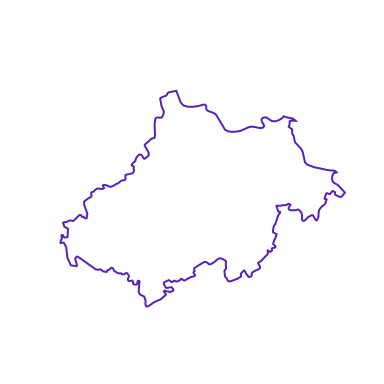 the border of Donets'k, rotated 247°
{"feature_id": "UKR-327", "entity_name": "Donets'k", "entity_type": "Region", "adm_level": 1, "iso_a3": "UKR", "parent_name": "Ukraine", "parent_adm1": "", "projection": "mercator", "projection_center": [37.457, 48.054], "detail": "fine", "context": "isolated", "style": "outline", "palette": "violet", "viewbox_px": 384, "rotation_deg": 247, "n_neighbors": 0, "source": "natural_earth", "source_scale": "10m", "svg_char_len": 6046}
<svg xmlns="http://www.w3.org/2000/svg" viewBox="0 0 384 384"><g transform="rotate(247 192 192)"><path d="M291.2,217.1L278.5,216.6L274.8,218.1L272.1,221.5L270.1,226.1L268.6,231.5L268.0,236.5L267.1,238.4L265.4,238.6L262.6,237.5L261.4,237.7L259.9,238.9L256.9,242.2L255.4,243.5L253.4,244.4L236.7,246.7L234.0,248.6L231.9,252.0L230.4,256.1L229.3,260.2L229.5,268.6L229.1,272.0L227.1,275.6L224.7,278.9L223.7,281.0L223.6,282.9L224.5,284.1L226.1,284.3L229.1,283.8L230.5,284.0L231.8,284.5L232.5,285.8L232.3,288.2L231.2,289.9L226.3,293.0L224.7,295.7L224.2,299.2L224.6,302.9L225.8,306.1L224.2,307.7L219.9,313.8L217.1,315.1L218.9,311.4L218.9,309.5L216.8,308.7L214.2,306.5L210.6,308.7L207.5,307.4L205.5,307.0L204.5,307.5L197.4,306.3L188.8,309.4L185.4,309.5L175.0,307.6L172.3,308.7L167.2,314.0L158.8,326.0L156.7,330.1L155.4,332.0L153.6,332.8L154.0,329.8L152.2,327.6L149.5,326.1L146.8,325.6L145.3,326.0L141.6,328.9L131.7,332.6L129.4,328.2L129.3,327.4L129.4,326.8L130.1,325.7L133.2,323.0L134.0,322.8L135.9,323.5L137.8,322.2L137.9,321.7L137.8,321.1L136.1,318.2L137.1,316.9L138.2,315.8L138.3,315.4L138.1,314.9L134.3,311.5L133.7,311.6L132.8,312.9L132.6,313.0L129.5,310.5L128.8,309.3L127.9,305.8L127.3,304.5L125.7,301.8L123.9,300.7L119.8,298.7L117.8,296.8L117.4,296.2L117.2,295.5L117.8,294.9L122.5,294.4L123.2,294.2L123.7,293.7L123.9,292.9L123.5,289.1L121.8,284.9L121.7,283.7L122.2,282.8L123.6,282.4L124.4,283.0L126.0,283.3L126.8,284.0L127.8,284.3L129.3,284.5L131.0,284.5L133.9,283.4L134.4,282.9L134.6,282.1L134.6,280.8L134.8,279.9L135.8,277.9L136.6,275.6L137.2,275.0L137.8,274.6L138.7,274.4L139.8,274.9L140.6,275.8L141.7,277.6L143.2,276.7L143.4,276.4L143.5,276.0L143.2,274.1L143.4,272.6L144.5,270.1L144.6,268.6L144.8,267.8L146.0,265.5L146.3,264.7L146.1,264.3L145.5,264.2L144.2,264.2L140.8,263.7L140.1,264.0L139.6,265.0L139.4,265.3L138.9,265.2L138.4,264.8L136.6,262.0L130.3,256.5L128.3,253.8L127.6,253.2L124.2,251.1L123.1,251.0L120.1,253.4L117.9,251.6L114.7,248.1L112.5,246.4L110.0,247.4L109.2,247.5L108.8,247.4L108.6,247.0L108.5,246.1L108.9,244.0L108.9,243.6L108.6,243.2L106.9,242.8L106.4,241.8L106.3,240.7L106.8,240.0L108.5,239.3L108.6,239.0L108.5,238.7L105.9,237.9L104.9,236.8L103.8,233.8L101.6,228.9L101.4,228.2L101.1,225.6L100.9,225.3L100.7,225.1L100.1,225.1L97.2,225.4L95.4,224.9L94.9,223.5L94.8,218.6L94.3,215.8L93.5,215.0L91.7,214.3L91.2,213.4L91.3,212.0L91.5,211.3L92.0,210.7L93.4,210.7L95.5,209.8L98.1,209.8L99.4,209.4L99.3,208.7L97.8,205.1L97.0,204.7L95.6,204.5L94.8,203.5L94.8,202.2L94.4,200.0L94.7,193.1L94.9,192.0L95.5,190.9L96.5,190.3L98.3,190.2L101.0,189.5L101.9,189.5L106.6,191.0L107.4,191.8L107.8,193.0L108.7,193.7L111.7,194.6L114.6,196.1L115.0,196.2L115.8,195.9L118.8,193.6L120.1,191.9L120.2,190.6L120.0,188.9L118.8,185.1L118.3,181.8L118.2,180.8L118.4,180.0L119.0,179.3L119.8,179.1L121.1,178.4L122.2,177.2L122.8,175.9L121.8,168.5L121.4,166.9L121.0,164.4L120.3,163.9L118.2,163.5L117.9,162.4L117.3,161.9L116.5,161.9L114.6,162.4L114.3,162.4L113.8,161.8L113.6,161.0L114.2,157.2L113.4,150.5L113.9,149.7L115.7,148.9L116.4,148.0L116.4,147.7L115.5,146.6L115.5,142.9L116.0,142.1L117.2,141.3L117.3,140.9L116.9,138.5L117.0,138.1L119.2,136.9L119.8,136.4L119.9,136.0L119.9,132.9L119.7,131.2L119.3,130.5L119.0,130.3L118.1,130.1L114.2,130.6L113.8,130.9L113.4,131.7L112.7,135.0L112.3,135.9L111.6,136.3L109.1,136.6L108.6,136.3L108.4,135.3L108.5,133.0L108.6,132.3L109.7,131.4L110.5,129.7L111.9,128.6L111.9,127.8L111.3,127.4L111.0,127.3L108.1,127.9L107.7,127.8L107.3,127.3L106.7,124.9L105.6,122.0L105.4,120.6L105.5,117.3L105.4,114.2L104.2,108.8L103.9,106.5L104.4,105.5L104.8,105.2L106.1,105.1L107.1,105.3L109.5,106.6L110.5,106.9L114.3,107.1L114.7,107.0L117.5,104.4L118.7,103.9L119.9,103.7L120.9,103.9L128.6,107.8L129.8,108.7L130.5,108.8L131.2,108.2L131.3,107.2L130.8,106.7L129.1,105.9L128.6,105.5L128.5,104.8L128.7,104.0L129.7,102.5L130.1,102.1L130.6,101.9L132.4,102.6L133.2,102.6L133.7,102.4L133.9,102.0L134.3,100.3L134.6,99.5L135.3,98.7L135.7,98.7L137.0,98.9L138.6,100.7L139.4,101.1L140.4,101.2L142.8,100.4L143.1,100.0L142.9,97.5L143.1,96.4L143.5,95.6L144.9,94.9L146.0,92.3L146.3,92.0L149.9,89.5L152.1,89.5L153.0,89.2L153.7,88.4L153.7,87.6L152.8,85.8L153.1,83.9L152.0,82.8L151.9,82.0L153.7,79.1L154.2,78.8L156.1,78.0L156.5,77.6L156.7,77.1L157.1,75.3L158.1,73.5L158.5,73.1L176.7,61.9L177.3,61.2L177.5,60.7L177.4,60.3L176.3,58.7L175.8,58.1L173.6,58.1L170.6,57.7L169.0,57.1L168.8,56.8L171.4,52.5L172.3,51.8L180.0,51.6L190.2,54.6L193.9,54.4L195.2,54.2L195.9,53.4L196.3,51.2L197.2,51.3L198.9,52.6L200.1,54.1L202.4,54.6L203.2,55.2L203.2,55.9L203.0,56.2L200.4,56.5L199.8,57.0L199.2,59.0L199.2,59.5L199.4,60.0L200.1,60.4L203.6,61.9L206.2,63.5L207.3,63.2L209.8,61.0L213.8,61.2L214.1,61.5L214.1,62.1L213.5,65.2L213.5,68.5L213.1,69.4L211.8,71.0L211.9,72.0L212.4,73.4L214.7,79.1L214.7,79.7L214.4,80.4L214.1,80.7L212.1,81.0L211.7,82.5L210.1,82.7L209.8,83.0L209.3,83.8L209.1,84.7L209.3,85.1L210.8,85.6L212.1,86.7L213.1,87.2L222.2,87.8L225.3,88.8L226.7,94.1L226.9,97.2L227.9,98.1L230.5,98.7L230.8,99.0L231.0,99.5L230.8,101.6L231.8,103.7L232.2,105.8L231.7,107.3L230.0,110.0L229.8,110.9L229.8,111.9L230.0,112.6L232.4,112.3L232.8,112.5L233.0,112.8L232.9,113.6L232.5,114.6L231.2,116.3L228.9,118.4L228.4,119.9L228.6,123.3L229.0,125.5L228.8,127.3L230.1,131.2L230.0,131.8L229.4,133.8L229.3,134.7L229.8,135.7L230.6,136.2L232.9,137.0L233.6,137.6L233.6,138.7L232.9,141.7L232.6,144.1L232.6,145.0L233.3,146.1L234.3,146.9L236.5,147.5L238.0,148.3L238.8,148.0L239.9,146.9L240.4,147.0L240.9,147.6L241.8,149.2L242.5,151.5L243.3,152.4L245.0,153.8L245.8,155.0L246.9,157.2L247.0,157.8L247.0,158.4L246.7,159.2L246.1,159.8L245.5,160.1L241.8,160.7L241.2,161.2L241.2,162.0L242.3,165.8L243.0,166.7L245.3,167.4L253.3,166.6L253.7,166.8L254.5,168.2L255.5,171.7L257.0,175.3L256.5,178.1L256.7,178.6L257.1,179.1L258.8,180.2L268.9,184.0L273.5,186.7L274.1,187.7L274.2,188.8L273.9,189.9L272.8,191.8L272.4,193.2L273.6,194.9L275.6,196.7L277.4,197.6L283.1,197.5L290.5,199.2L290.8,199.9L291.0,201.0L290.8,206.0L291.6,207.3L292.6,208.2L292.8,209.9L291.2,217.1Z" fill="none" stroke="#5b21b6" stroke-width="2"/></g></svg>